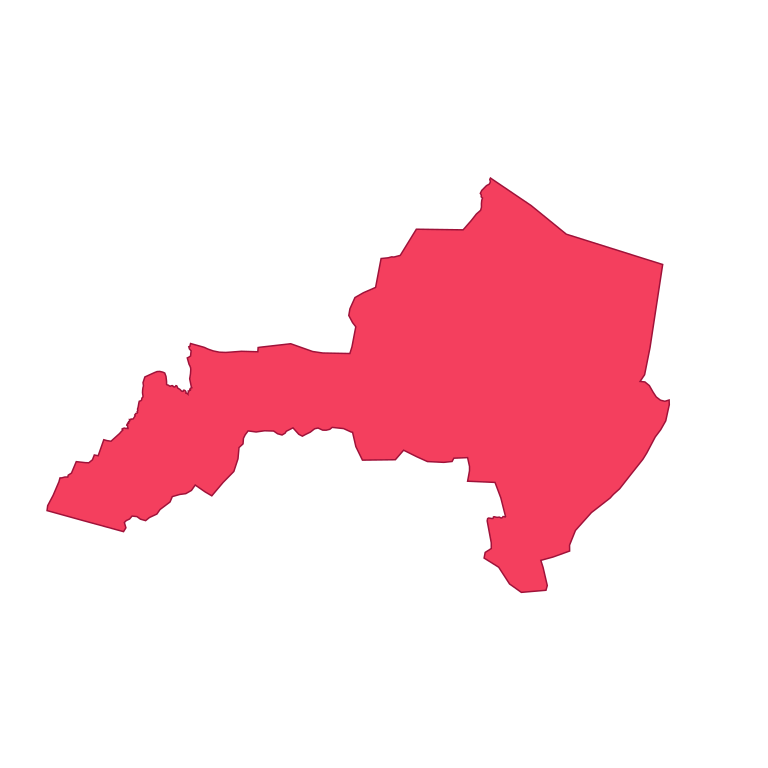 the district of Kaura Namoda, Zamfara, Nigeria, rotated 109°
{"feature_id": "59680162B64690225464412", "entity_name": "Kaura Namoda", "entity_type": "district", "adm_level": 2, "iso_a3": "NGA", "parent_name": "Nigeria", "parent_adm1": "Zamfara", "projection": "equal_earth", "projection_center": [6.672, 12.478], "detail": "fine", "context": "isolated", "style": "filled", "palette": "rose", "viewbox_px": 768, "rotation_deg": 109, "n_neighbors": 0, "source": "geoboundaries", "source_scale": "gbopen_adm2", "svg_char_len": 4059}
<svg xmlns="http://www.w3.org/2000/svg" viewBox="0 0 768 768"><g transform="rotate(109 384 384)"><path d="M266.3,427.6L295.4,423.4L304.3,433.1L311.7,439.6L324.0,440.7L330.7,439.6L336.2,433.7L339.1,429.3L359.3,426.4L366.3,426.2L374.6,451.9L376.5,462.0L376.3,485.3L389.4,512.8L390.5,514.9L394.6,513.8L399.5,529.5L404.2,540.4L405.7,544.0L407.5,550.0L408.3,556.1L408.3,561.1L408.2,562.8L407.9,565.4L407.9,566.6L408.2,571.9L408.7,580.1L409.8,580.0L411.6,579.8L412.3,580.7L414.2,579.4L415.4,577.2L418.1,576.6L420.5,576.0L422.3,577.4L423.4,578.5L428.9,574.7L430.1,573.4L431.7,572.1L433.3,571.4L437.3,570.3L442.4,569.4L449.2,565.4L450.1,564.5L450.4,564.9L451.0,565.6L452.3,565.9L452.5,565.7L452.6,565.0L453.0,565.1L453.3,565.6L453.8,565.9L454.4,566.7L454.7,566.3L455.3,566.4L456.0,566.2L456.9,566.4L457.5,566.1L457.0,567.5L457.1,568.4L456.1,568.6L455.2,569.5L454.9,570.5L455.0,571.3L455.4,571.6L456.2,571.5L456.7,572.4L456.6,573.2L455.6,575.0L455.3,576.3L455.0,577.7L453.9,578.7L453.4,579.1L453.2,579.7L453.3,580.2L454.7,580.7L455.1,581.5L455.0,582.6L454.4,583.2L454.5,583.8L455.0,584.7L455.8,585.5L455.7,586.1L455.3,587.6L455.4,588.8L455.2,589.4L452.2,590.5L447.8,592.6L445.0,594.9L444.8,597.0L445.1,600.1L446.1,602.6L447.8,604.6L449.3,606.2L455.2,612.4L461.2,612.3L464.1,610.8L466.1,610.7L468.5,610.2L470.9,609.5L472.3,608.8L473.9,607.9L475.1,607.8L476.0,608.3L478.1,608.0L479.0,608.5L480.0,609.8L482.0,609.6L485.6,609.0L486.8,608.9L488.0,608.9L489.0,608.2L490.5,608.4L490.9,607.8L491.5,607.9L492.1,608.1L492.6,609.0L494.5,609.6L495.1,608.9L498.6,609.8L499.4,611.1L499.4,611.7L499.9,611.7L500.4,612.3L500.5,613.1L501.1,612.8L501.4,612.5L502.3,612.5L502.7,613.2L503.2,613.1L503.6,613.2L503.9,612.7L504.4,612.7L504.5,613.5L505.0,613.4L505.8,613.9L506.7,613.8L506.6,613.0L507.2,612.7L507.8,612.5L508.2,612.4L508.8,612.1L509.0,611.6L509.5,611.6L509.6,612.7L510.1,613.5L510.1,614.9L510.6,615.8L511.2,616.5L511.9,617.0L512.6,616.0L514.4,616.9L516.9,617.9L527.0,623.5L527.7,627.5L527.9,630.8L544.9,630.9L545.4,634.8L550.6,635.0L554.6,637.5L555.6,640.8L557.6,649.7L570.0,650.5L573.0,652.9L574.9,652.7L575.4,654.2L575.8,655.4L577.7,658.2L578.3,659.8L582.5,659.5L583.2,659.6L597.0,660.6L608.5,662.4L613.4,661.4L611.1,624.0L608.4,582.2L604.0,581.2L599.5,584.4L597.0,583.2L594.5,580.6L590.9,579.2L589.8,574.4L591.1,570.3L590.8,564.9L586.6,562.3L580.9,556.4L575.6,554.9L565.2,547.9L559.4,547.5L554.9,541.1L552.2,535.7L547.3,531.4L541.0,529.6L544.3,517.9L545.8,510.4L529.5,504.1L515.6,497.5L502.3,497.7L491.3,500.4L486.5,497.8L481.1,499.2L477.2,498.7L472.6,497.2L471.0,489.3L467.1,481.7L464.4,473.0L465.7,468.4L465.4,463.8L462.7,461.5L460.5,461.0L455.1,455.8L459.3,448.2L459.9,444.2L457.3,441.8L453.5,438.0L448.9,435.0L447.1,432.0L447.6,427.0L446.5,423.6L444.5,420.5L441.9,418.9L439.3,407.7L440.1,399.4L439.9,398.0L452.4,390.2L463.0,379.6L451.9,348.6L440.2,343.9L442.1,329.4L443.2,317.7L438.6,301.9L435.1,294.4L431.4,293.8L426.4,281.0L434.1,276.3L438.2,274.9L448.7,273.3L440.9,247.0L453.6,236.5L469.8,225.9L470.3,226.2L470.3,227.3L470.6,228.3L471.9,228.7L472.6,229.7L472.3,231.4L472.7,232.5L473.3,233.6L473.5,235.4L473.6,236.5L474.0,237.2L474.9,237.1L475.7,237.3L476.1,238.4L476.4,240.2L476.7,241.5L477.5,242.2L479.8,241.9L499.2,230.9L504.6,229.0L510.3,233.5L516.0,232.7L519.9,215.9L532.2,200.2L536.3,186.3L526.3,163.7L521.4,164.0L505.6,173.9L499.7,178.3L492.6,167.9L481.5,154.1L475.9,156.1L460.1,155.3L438.0,146.0L433.9,143.3L417.9,132.9L416.3,132.3L413.6,131.1L406.4,127.1L389.6,121.3L370.9,114.7L363.8,113.1L345.8,110.3L337.2,107.5L327.1,105.6L317.0,106.8L310.7,107.5L306.3,109.2L308.9,112.8L309.3,117.3L307.6,122.4L304.1,126.9L299.1,132.6L297.1,138.0L298.2,142.7L290.4,140.6L263.1,144.3L180.3,159.4L183.0,260.4L167.4,302.9L154.6,350.4L156.1,350.6L158.3,349.2L160.7,349.5L163.1,351.7L169.1,354.6L172.4,355.0L173.5,353.6L175.4,353.0L176.1,351.4L178.4,351.4L181.8,350.6L185.1,349.4L188.3,349.2L193.2,352.0L201.0,354.7L212.5,359.4L222.8,390.7L227.1,403.8L257.1,410.5L260.7,415.9L261.3,418.2L263.3,421.1L266.3,427.6Z" fill="#f43f5e" stroke="#9f1239" stroke-width="1.5"/></g></svg>